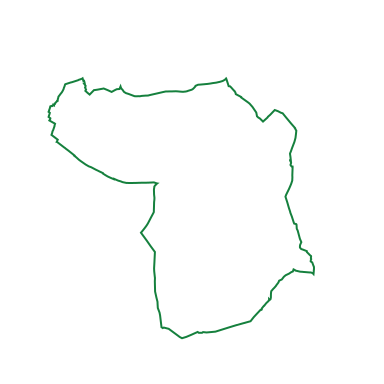 the district of Ozolaines pag., Rezeknes, Latvia, rotated 253°
{"feature_id": "27541924B10395676921147", "entity_name": "Ozolaines pag.", "entity_type": "district", "adm_level": 2, "iso_a3": "LVA", "parent_name": "Latvia", "parent_adm1": "Rezeknes", "projection": "robinson", "projection_center": [27.268, 56.437], "detail": "fine", "context": "isolated", "style": "outline", "palette": "green", "viewbox_px": 384, "rotation_deg": 253, "n_neighbors": 0, "source": "geoboundaries", "source_scale": "gbopen_adm2", "svg_char_len": 5607}
<svg xmlns="http://www.w3.org/2000/svg" viewBox="0 0 384 384"><g transform="rotate(253 192 192)"><path d="M279.5,77.3L279.4,77.5L271.7,83.0L271.3,83.4L271.1,83.5L270.7,83.7L267.7,85.9L261.3,90.3L261.1,90.0L259.1,91.4L255.9,93.3L254.0,94.7L249.4,98.3L246.7,100.8L245.2,102.8L241.6,106.4L236.0,112.4L235.6,112.3L233.7,113.9L231.6,115.8L229.7,117.9L227.0,121.1L227.4,121.3L226.6,122.2L226.0,122.9L224.4,124.8L223.7,125.9L222.9,127.1L221.8,128.4L219.8,132.0L217.9,138.1L217.7,139.0L217.1,140.9L216.8,142.1L215.9,145.4L214.9,148.8L213.9,152.2L212.3,158.4L210.5,160.9L210.4,161.1L210.3,160.8L209.8,160.2L209.6,159.7L209.2,158.9L208.9,158.4L208.5,157.9L208.1,157.5L207.5,157.3L206.1,156.6L205.1,156.2L202.5,155.5L200.7,155.0L197.5,154.4L196.3,154.0L195.5,153.7L195.0,153.5L193.4,152.8L192.2,152.4L189.2,151.4L186.0,150.3L184.5,149.8L183.8,149.5L181.7,147.4L179.8,145.5L175.0,140.8L174.0,139.7L172.7,138.1L171.1,135.9L169.1,133.0L168.0,131.3L158.5,134.6L152.3,136.6L145.5,139.0L136.3,135.7L130.0,133.4L127.3,132.7L121.1,131.5L120.8,131.5L117.3,130.3L107.6,127.6L101.3,127.1L97.1,126.9L95.2,126.4L91.1,125.4L86.2,125.7L83.3,125.4L71.6,123.3L70.7,124.1L70.4,124.3L70.6,125.4L68.4,129.0L68.0,129.7L58.0,137.1L57.0,137.8L55.1,139.7L55.1,144.2L55.6,149.1L56.5,156.5L55.4,157.3L54.4,160.4L54.6,161.0L54.8,161.6L53.4,164.9L51.6,173.6L51.7,187.5L51.7,194.9L51.3,210.2L54.3,214.5L56.4,218.1L59.1,222.8L59.3,223.1L59.2,223.6L59.0,224.0L59.2,224.3L59.5,224.5L60.2,224.7L60.4,224.9L60.7,225.4L61.9,227.1L62.2,227.6L62.1,227.8L63.6,229.9L64.1,230.7L65.2,232.9L65.2,233.0L66.5,234.3L66.9,234.4L66.1,234.8L66.6,235.8L68.1,236.6L71.2,237.6L72.5,238.1L74.0,238.8L75.7,241.5L76.2,242.5L77.7,244.9L77.9,245.0L80.2,248.2L80.3,248.3L80.5,248.4L81.7,249.4L82.1,252.3L84.1,255.1L85.0,257.2L85.6,261.1L85.9,262.0L86.4,263.7L86.5,265.2L88.3,266.5L87.3,267.6L86.7,267.8L86.5,268.1L86.3,268.5L84.2,272.1L83.7,273.4L83.4,274.2L83.0,275.1L80.7,280.9L80.3,282.1L79.5,283.2L79.2,283.6L78.0,284.2L78.7,284.5L81.4,285.6L81.6,285.6L82.3,286.0L84.6,286.7L87.2,286.5L89.5,286.4L90.9,285.2L92.1,285.7L92.4,285.9L92.8,286.3L93.0,286.4L93.3,286.4L93.9,286.3L94.2,286.4L95.1,286.9L95.4,287.0L95.8,287.1L96.0,287.1L96.8,286.5L101.0,284.3L101.9,284.5L102.2,284.1L104.6,281.1L105.5,279.8L105.9,279.6L107.3,279.0L107.6,279.1L108.1,279.2L109.6,279.8L110.1,280.2L111.3,281.2L112.1,281.9L115.7,281.5L121.3,281.7L124.4,281.8L124.8,281.7L125.8,281.5L126.5,281.5L128.1,281.9L130.2,282.4L130.8,282.3L131.9,280.5L132.9,280.4L139.3,280.3L143.5,280.0L144.6,280.1L148.4,280.0L154.3,280.1L160.2,280.0L161.0,280.6L161.8,281.2L166.5,285.6L167.2,286.2L169.3,288.0L170.9,289.3L173.6,291.2L176.7,292.3L178.6,292.8L186.7,295.6L186.9,295.6L186.9,295.2L187.1,294.8L188.1,294.4L188.7,294.2L189.1,294.1L189.4,294.3L190.7,295.2L190.9,295.3L191.2,295.3L192.7,295.2L193.2,295.0L193.4,295.0L193.8,295.1L194.0,295.2L194.1,295.5L193.6,295.8L196.7,296.4L200.0,296.9L200.8,297.5L202.0,298.5L204.6,300.4L210.0,304.6L213.5,306.8L217.1,308.4L220.2,309.7L220.6,309.6L220.9,309.5L221.5,309.3L222.6,309.3L222.6,309.2L223.3,308.9L223.8,308.9L224.5,308.6L228.5,306.8L235.9,303.7L240.8,301.7L241.8,300.2L244.1,297.9L246.2,295.1L242.9,289.2L241.7,286.5L241.2,286.1L238.6,280.5L242.5,278.4L243.8,277.2L245.4,276.3L249.2,276.7L255.7,274.7L259.7,272.9L261.3,271.8L268.1,266.6L268.5,266.8L272.8,262.5L274.7,262.6L276.2,262.0L276.3,262.1L276.5,262.0L277.3,261.5L280.4,260.1L281.9,259.3L282.5,258.0L284.7,258.0L290.1,257.9L290.6,257.8L290.0,256.8L289.8,256.4L289.5,255.2L289.3,254.3L289.2,253.7L289.2,252.3L289.2,250.7L289.3,249.8L289.5,247.1L290.1,243.5L290.3,241.7L290.8,238.5L291.8,233.7L292.4,230.9L292.8,229.2L292.5,226.4L292.1,226.2L291.8,225.8L290.8,224.1L290.5,223.5L290.2,222.9L290.1,222.4L290.0,222.1L289.9,221.6L289.9,220.7L289.9,217.6L289.8,217.2L289.9,215.5L290.4,212.9L290.8,211.7L292.5,207.5L293.1,205.9L293.3,205.2L293.4,204.7L293.9,202.9L295.8,196.3L296.1,193.1L296.1,192.8L296.2,191.5L296.4,188.5L297.0,180.5L297.1,178.1L297.7,176.0L298.6,172.0L298.8,170.1L299.2,169.1L299.9,166.4L300.2,165.7L300.4,165.1L303.1,161.6L304.4,159.9L305.9,157.7L307.7,156.2L310.2,155.4L311.3,154.8L311.7,154.7L312.9,154.5L313.8,154.5L313.1,153.9L311.7,152.8L311.8,152.3L312.3,150.1L311.9,147.7L311.2,144.4L314.2,141.0L316.8,137.8L316.9,136.7L317.2,134.3L317.3,133.4L317.5,131.6L317.9,128.9L318.1,128.1L316.9,125.9L315.1,122.6L317.2,121.2L319.9,119.6L320.7,120.3L320.9,120.6L323.0,120.3L323.2,120.5L323.3,120.4L324.6,121.3L326.8,120.6L326.6,121.1L328.7,121.3L329.9,121.3L329.9,120.6L332.7,120.6L332.5,120.0L332.5,119.4L332.4,118.3L332.4,116.6L332.2,115.8L332.1,109.1L332.2,108.2L332.1,102.3L331.7,101.9L330.3,101.0L329.0,99.9L328.0,99.3L326.6,98.0L325.4,96.7L325.0,96.1L324.4,95.2L323.0,93.3L322.4,92.4L322.1,92.1L321.8,91.9L321.5,91.8L320.5,91.2L320.2,90.9L319.6,90.6L319.4,90.6L319.0,90.4L318.9,90.3L318.6,90.2L318.6,89.9L318.4,89.9L318.4,89.5L318.2,89.4L318.1,89.2L317.9,88.8L317.8,88.6L317.7,88.4L317.6,88.1L317.4,87.8L317.0,87.4L316.9,87.1L316.8,86.6L316.6,86.5L316.3,86.5L316.3,86.4L316.3,86.2L316.1,86.0L316.0,85.9L316.0,85.7L315.7,85.6L315.9,85.5L316.0,85.3L315.8,85.3L315.8,85.2L315.3,85.1L315.5,84.7L315.4,84.5L315.7,84.4L315.3,84.0L315.2,83.8L315.1,83.6L315.3,83.4L315.4,82.9L315.3,82.6L315.4,82.4L315.4,82.1L315.3,81.9L315.2,81.8L315.0,81.6L315.1,81.4L314.1,80.8L313.6,80.5L312.5,79.7L312.3,79.5L311.9,79.3L310.9,78.6L310.6,78.3L309.3,79.2L308.0,78.4L306.9,77.6L305.7,76.8L303.9,78.1L303.6,78.0L303.3,77.8L302.1,76.5L298.6,79.8L298.4,80.1L297.3,81.0L296.0,80.1L295.2,79.8L291.5,77.1L290.8,76.3L289.6,75.7L287.7,74.3L281.3,78.9L279.5,77.3Z" fill="none" stroke="#15803d" stroke-width="2"/></g></svg>